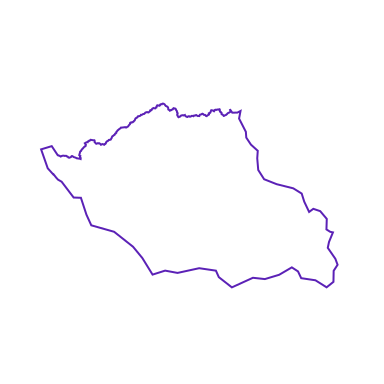 the district of Kara-Kulja, Osh, Kyrgyzstan, rotated 190°
{"feature_id": "92254566B85310994889224", "entity_name": "Kara-Kulja", "entity_type": "district", "adm_level": 2, "iso_a3": "KGZ", "parent_name": "Kyrgyzstan", "parent_adm1": "Osh", "projection": "mercator", "projection_center": [74.361, 40.398], "detail": "fine", "context": "isolated", "style": "outline", "palette": "violet", "viewbox_px": 384, "rotation_deg": 190, "n_neighbors": 0, "source": "geoboundaries", "source_scale": "gbopen_adm2", "svg_char_len": 6000}
<svg xmlns="http://www.w3.org/2000/svg" viewBox="0 0 384 384"><g transform="rotate(190 192 192)"><path d="M169.1,280.1L168.9,279.6L168.7,279.3L168.5,279.1L168.4,278.8L167.9,278.3L167.8,277.8L168.6,277.2L169.1,276.7L170.0,276.2L170.7,275.5L171.1,274.7L171.5,274.4L171.6,274.1L172.0,273.7L172.7,273.4L173.3,272.8L173.7,272.6L173.9,272.4L174.0,272.4L174.3,272.8L175.2,273.5L176.3,273.7L176.5,274.0L176.6,275.0L177.0,275.2L177.8,275.7L177.8,275.8L178.1,275.8L178.5,276.2L178.6,276.4L178.7,277.1L178.9,277.5L179.0,278.1L179.2,278.3L179.5,278.3L179.7,277.9L180.0,277.7L181.0,277.7L181.6,277.6L182.0,277.2L182.5,277.0L183.0,277.1L183.3,277.1L183.8,276.7L184.0,276.3L184.0,276.0L184.3,275.3L184.7,275.4L185.2,275.9L187.2,275.9L187.3,275.5L187.5,275.1L187.5,274.3L187.7,273.7L187.8,273.2L188.2,273.1L188.5,273.0L189.1,272.4L188.8,272.0L188.7,271.3L188.9,271.0L189.6,270.6L189.8,270.3L190.4,269.8L190.6,269.5L190.7,269.3L191.3,269.5L191.6,269.4L192.2,270.0L192.5,270.2L193.0,270.1L193.9,270.1L194.3,270.5L194.5,270.5L194.8,270.8L195.4,270.9L196.6,269.9L197.6,269.5L197.8,269.1L198.0,268.5L198.0,268.1L198.4,268.1L199.4,267.8L200.6,268.2L201.1,268.5L201.7,268.3L201.9,268.0L203.1,267.7L203.3,267.6L203.3,267.4L203.5,267.1L203.7,266.9L204.2,267.1L205.6,266.9L206.0,266.4L206.3,266.3L206.5,266.0L207.3,265.8L207.8,266.1L208.1,266.1L208.2,265.9L208.6,265.9L209.2,265.6L209.5,265.1L209.8,265.0L210.1,265.3L211.2,265.4L211.5,265.6L212.2,266.2L212.4,266.6L213.3,266.0L213.7,265.9L213.8,265.9L214.2,266.1L215.9,265.5L216.2,265.2L216.5,264.6L217.1,264.2L217.2,263.9L217.6,263.8L218.2,263.3L218.6,263.5L219.0,264.2L219.5,264.6L219.7,264.8L219.7,265.1L220.0,265.5L220.0,265.8L219.9,265.9L219.8,266.2L219.8,267.1L220.2,267.4L220.3,267.7L220.5,267.7L220.9,268.7L220.9,268.9L221.2,269.4L221.8,269.8L222.0,270.3L222.4,270.6L222.6,271.1L223.2,271.3L223.6,271.2L224.6,271.4L224.8,271.2L225.1,270.9L225.1,270.4L225.3,270.0L225.9,269.8L226.1,269.6L226.5,269.1L227.0,269.1L227.5,268.8L227.5,268.5L227.8,268.3L227.9,268.5L228.2,268.5L228.4,268.7L229.1,268.9L229.6,269.1L229.8,269.4L229.9,270.2L230.3,271.1L231.0,271.7L231.3,271.7L231.8,272.0L232.8,272.2L233.7,273.0L234.1,273.5L235.3,274.0L236.1,274.0L236.2,273.9L236.6,273.7L236.9,273.5L237.0,273.1L237.9,273.0L238.2,272.9L238.5,272.6L238.6,271.7L238.8,271.5L239.1,271.7L239.5,271.3L240.0,271.4L240.4,271.3L240.7,271.3L241.1,271.4L241.3,271.3L241.3,271.0L241.6,270.6L241.5,270.1L241.6,269.7L241.8,269.4L241.8,269.2L242.1,269.2L242.4,269.0L242.5,268.3L242.6,268.0L243.6,267.9L244.1,267.8L244.5,268.0L245.2,267.5L245.4,267.2L245.6,267.1L245.9,266.2L246.1,265.9L246.1,265.5L246.2,265.4L246.8,265.5L247.3,265.3L247.4,265.1L247.4,264.2L248.1,263.5L248.6,262.8L249.3,262.7L249.8,262.9L250.4,262.8L250.7,262.6L251.1,262.5L251.4,262.2L251.8,262.0L252.0,261.6L252.3,261.1L252.5,260.7L253.4,260.4L253.7,260.2L253.8,260.2L254.1,259.9L254.3,259.7L254.5,259.6L254.8,259.3L255.3,259.1L255.7,259.1L255.8,258.6L256.1,258.2L256.8,257.7L257.6,257.4L258.2,257.3L258.5,257.0L258.6,256.4L258.7,256.1L259.3,255.7L259.4,255.4L259.7,255.3L259.9,255.0L260.3,254.8L260.5,254.4L260.6,254.0L260.6,253.7L260.8,253.0L260.8,252.7L261.1,252.2L261.5,251.9L261.7,251.6L261.7,251.3L261.9,251.0L262.3,250.7L262.6,250.3L263.1,250.4L263.4,250.2L263.6,250.1L264.1,249.5L264.7,249.4L264.8,249.5L264.9,249.4L265.0,248.5L264.9,247.9L265.6,247.1L266.3,245.5L266.5,245.3L267.1,244.9L267.7,244.2L268.3,244.0L268.6,244.2L269.2,244.3L269.7,244.0L270.2,243.9L270.8,243.7L271.5,243.5L273.3,243.0L273.5,242.3L274.6,241.4L274.7,241.1L275.5,240.3L275.6,240.0L276.0,239.7L276.2,239.1L276.7,238.4L277.0,237.8L277.0,237.6L276.8,237.2L277.3,236.4L277.8,236.2L277.9,235.9L278.2,234.8L278.9,234.4L279.0,234.1L279.3,233.7L280.0,233.2L280.0,232.9L280.4,232.3L280.5,231.7L280.5,231.1L280.9,230.4L281.0,229.8L281.2,229.4L281.5,229.3L282.0,229.2L282.6,228.8L283.0,228.8L283.5,227.9L284.0,227.4L284.3,227.4L284.7,226.9L285.1,226.3L285.3,225.8L285.2,225.4L285.4,225.0L285.5,224.6L285.7,224.3L286.2,224.2L286.6,223.3L287.0,223.3L288.1,223.7L288.3,223.6L288.6,223.6L289.0,223.4L289.5,222.9L289.9,222.7L290.2,223.0L290.4,223.3L290.8,223.4L291.6,223.9L292.0,223.8L292.5,223.6L293.1,223.8L293.6,223.4L293.9,223.3L294.5,222.9L294.8,222.9L295.3,223.3L295.5,223.5L296.5,224.1L296.5,224.5L296.8,225.6L297.1,226.0L298.2,225.8L301.0,225.8L301.1,225.7L301.2,225.4L301.4,225.0L301.8,224.7L302.0,224.7L302.3,224.6L302.6,224.1L303.1,223.9L303.4,223.2L303.4,222.9L304.2,222.8L304.6,222.6L306.0,221.4L305.1,220.4L304.7,220.1L304.8,219.2L305.0,219.0L304.9,218.6L305.4,218.2L306.0,217.7L306.6,216.7L306.9,216.1L307.1,216.0L307.4,215.4L307.5,215.3L307.8,214.9L308.1,214.3L308.1,214.0L308.2,213.7L308.4,213.5L308.5,213.0L308.8,212.9L309.2,212.1L309.2,211.8L309.2,210.9L309.3,210.3L309.3,210.0L309.4,209.7L309.4,208.6L308.3,208.1L308.5,207.6L308.3,206.9L307.8,206.6L307.6,206.2L307.4,205.4L307.4,205.1L308.5,205.3L310.1,205.2L310.7,205.2L310.9,205.3L311.5,205.2L311.6,205.3L312.6,205.6L314.7,205.9L315.4,206.3L316.3,206.6L316.8,206.4L317.0,205.8L317.4,205.3L318.7,204.5L319.0,204.4L319.2,204.5L319.9,204.6L320.0,204.7L320.3,205.1L320.7,205.3L321.4,205.3L321.7,205.6L322.3,205.8L323.0,205.6L323.9,205.4L324.3,205.5L325.3,205.4L326.5,204.9L327.2,204.3L327.5,204.1L328.7,204.7L329.0,204.6L329.5,204.7L330.2,205.0L330.6,204.9L338.1,212.8L348.0,207.8L338.2,190.3L330.9,184.6L332.2,186.1L328.3,182.6L326.1,180.9L322.2,179.5L307.6,166.0L300.4,167.0L292.0,151.3L285.4,141.7L261.8,139.3L240.5,127.8L229.4,118.3L216.5,103.8L204.8,109.9L192.2,109.8L171.7,118.2L154.8,118.7L150.8,112.8L136.2,105.0L117.1,118.1L105.1,118.9L91.8,125.6L80.6,135.1L73.8,132.2L69.5,126.1L55.1,126.5L42.9,121.5L37.1,128.1L38.8,139.0L36.0,145.6L39.2,151.1L48.6,160.6L48.4,166.6L46.2,176.7L49.0,176.8L53.1,178.5L54.6,188.9L62.4,195.4L69.6,196.5L73.2,192.7L79.8,202.0L83.7,209.5L92.9,213.2L110.0,214.4L123.2,217.1L130.6,225.2L133.6,236.5L134.4,244.0L142.2,248.9L148.0,255.0L149.4,260.6L158.4,272.5L158.3,280.2L161.1,278.1L166.1,277.1L169.1,280.1Z" fill="none" stroke="#5b21b6" stroke-width="2"/></g></svg>